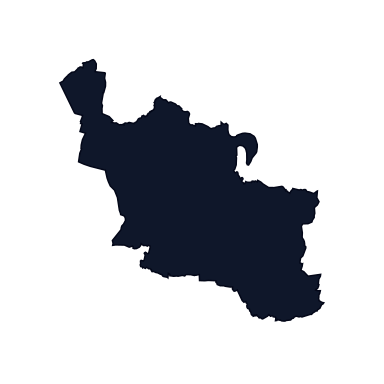 Mueang Nakhon Sawan, Nakhon Sawan, Thailand, rotated 191°
{"feature_id": "78962969B39799880183753", "entity_name": "Mueang Nakhon Sawan", "entity_type": "district", "adm_level": 2, "iso_a3": "THA", "parent_name": "Thailand", "parent_adm1": "Nakhon Sawan", "projection": "robinson", "projection_center": [100.093, 15.705], "detail": "fine", "context": "isolated", "style": "filled", "palette": "ink", "viewbox_px": 384, "rotation_deg": 191, "n_neighbors": 0, "source": "geoboundaries", "source_scale": "gbopen_adm2", "svg_char_len": 5993}
<svg xmlns="http://www.w3.org/2000/svg" viewBox="0 0 384 384"><g transform="rotate(191 192 192)"><path d="M67.6,89.0L65.9,90.0L63.1,89.8L61.7,90.5L60.2,90.3L52.6,94.4L51.3,94.7L49.9,96.8L48.6,97.8L48.3,98.6L46.5,99.1L46.3,100.3L44.3,102.2L43.3,106.1L42.0,107.2L41.5,108.4L43.6,108.5L46.5,109.6L47.5,111.9L47.4,113.2L47.8,114.1L47.6,116.1L47.3,116.6L47.2,119.6L49.6,119.1L52.0,119.2L51.9,119.9L50.3,121.4L49.8,123.7L49.8,125.4L50.5,125.5L50.9,130.6L49.9,133.7L50.0,135.7L61.5,131.7L62.4,131.8L67.0,135.1L70.2,136.0L69.7,140.1L69.8,142.7L70.6,142.2L71.2,142.8L72.3,142.8L72.7,144.1L72.8,147.9L71.0,150.4L69.6,158.8L70.0,160.2L71.5,160.9L71.4,162.2L72.3,164.8L73.6,166.7L74.6,167.5L75.3,168.8L75.9,173.0L78.1,179.2L77.5,181.2L76.8,182.0L72.1,183.0L68.6,185.4L68.4,187.3L67.2,190.3L67.6,192.2L67.4,194.5L68.8,199.6L68.6,200.5L66.5,203.2L65.5,206.7L68.4,210.2L69.1,216.9L69.7,216.5L71.8,214.0L73.0,213.8L76.6,214.4L79.3,214.4L80.9,216.0L82.5,215.8L84.0,214.9L85.6,215.2L87.2,214.4L93.7,214.7L93.8,213.8L94.9,212.1L95.8,209.4L97.0,210.1L98.0,210.1L98.4,210.9L99.4,211.1L99.9,210.9L100.2,212.2L101.0,212.0L103.5,214.3L104.8,214.7L112.2,212.0L117.6,211.0L123.8,213.4L126.3,214.9L129.8,216.0L129.9,214.4L132.1,214.9L132.7,213.9L134.2,214.4L135.2,214.0L135.2,213.2L135.6,212.6L136.2,212.9L137.7,212.4L140.3,212.1L141.2,212.5L141.8,210.3L142.8,210.0L142.9,210.5L145.4,211.9L145.6,212.5L144.9,213.2L144.4,214.6L144.9,215.4L145.4,215.7L146.1,215.5L146.5,214.5L147.1,214.1L147.9,215.4L150.2,217.9L150.4,219.1L151.1,220.2L151.9,220.3L153.0,219.2L154.0,219.4L155.3,221.3L154.4,222.5L153.8,227.0L154.9,234.2L155.5,235.0L155.5,236.3L155.0,236.7L156.7,244.0L156.5,244.8L155.6,245.8L154.8,246.6L153.5,247.0L151.0,247.0L148.5,245.6L147.2,244.0L145.7,240.7L144.3,234.1L144.0,230.9L142.9,229.3L141.6,229.3L140.1,233.2L139.5,236.9L136.6,242.4L136.2,243.8L136.5,248.6L137.0,251.1L140.1,256.9L141.7,258.5L146.1,260.2L151.2,259.9L153.6,259.2L157.8,256.8L158.9,255.9L158.8,255.2L159.1,254.9L161.1,254.0L163.9,253.8L166.6,255.3L167.7,257.2L168.7,259.9L169.5,264.6L171.5,265.9L172.9,264.8L173.8,264.7L174.7,264.9L176.7,266.1L176.1,262.7L178.3,262.2L179.0,261.6L179.9,261.5L181.8,259.2L183.3,258.9L184.9,257.9L186.5,258.0L188.8,259.2L195.0,260.8L198.8,260.5L199.3,260.0L201.6,259.7L201.6,259.1L201.2,258.9L201.2,257.5L203.2,257.5L204.2,258.0L206.5,257.6L208.4,259.1L209.7,263.6L209.3,267.8L209.5,268.5L210.5,269.7L211.8,270.2L214.1,269.4L216.1,269.5L217.9,270.6L217.9,271.7L221.3,274.0L222.9,273.7L225.0,275.2L229.8,276.3L230.8,276.1L232.1,275.1L235.3,277.5L237.8,277.0L241.5,278.9L241.5,279.6L243.1,278.1L243.2,277.3L244.1,277.6L244.5,276.4L244.8,276.7L245.5,275.9L245.8,274.4L245.6,274.1L246.2,272.6L245.6,272.4L245.5,270.4L245.7,269.9L245.3,269.8L245.3,268.9L244.9,268.4L245.1,266.5L244.8,266.3L245.3,265.4L245.6,265.4L245.9,264.8L247.4,263.8L247.2,263.4L248.3,263.0L248.4,262.4L248.7,262.5L248.8,261.6L249.4,260.9L249.8,261.0L250.6,259.6L250.2,258.8L250.9,257.9L251.4,258.0L252.2,257.1L252.3,257.5L253.1,257.3L254.1,258.0L255.0,257.3L255.5,257.2L255.9,255.0L257.4,254.5L257.6,253.8L258.3,253.9L258.6,253.5L259.8,250.3L261.1,249.4L261.5,248.7L262.1,248.5L262.1,248.1L266.9,248.3L267.1,248.2L266.9,248.0L267.1,247.6L267.9,247.7L268.2,247.1L270.8,247.0L271.9,245.9L271.7,244.9L272.8,245.2L274.4,244.4L275.0,244.5L276.1,244.0L279.5,245.4L281.2,244.9L284.4,244.9L284.2,245.8L283.2,247.0L287.7,250.2L294.8,251.7L295.3,252.2L296.3,256.8L296.4,259.7L297.4,261.2L297.8,262.3L298.0,271.5L298.3,272.6L297.6,272.7L297.1,279.3L297.8,283.2L299.5,287.0L299.8,292.1L300.5,292.4L310.0,291.6L310.1,292.7L309.6,294.8L310.4,299.5L312.7,302.3L314.1,303.1L315.2,302.7L318.7,299.8L320.0,299.7L321.1,298.7L323.7,297.9L323.9,297.4L323.4,297.2L322.8,296.1L322.9,293.0L324.8,293.6L326.1,293.1L326.4,292.4L327.3,292.1L327.7,291.1L330.1,287.5L332.9,286.6L335.9,283.2L336.4,281.6L336.8,281.7L338.8,278.7L339.6,276.3L342.5,273.9L322.5,247.3L321.6,246.8L314.1,246.3L314.1,244.3L314.9,239.8L314.2,239.6L314.4,238.0L313.0,238.0L312.9,237.5L313.5,230.0L307.7,229.4L309.5,222.5L309.7,217.0L309.2,213.5L308.6,213.3L309.5,208.7L309.1,200.0L303.3,198.7L296.7,197.8L281.2,196.9L278.0,189.5L276.0,186.1L273.4,182.4L268.4,179.0L264.1,172.3L259.8,160.2L258.0,157.2L257.7,156.2L254.4,155.7L253.3,154.9L252.3,153.2L251.9,151.2L253.1,147.3L254.4,145.3L254.6,143.7L254.5,141.4L260.9,129.2L259.7,126.6L259.7,124.5L256.9,125.5L248.2,127.0L243.1,125.9L240.2,127.5L239.4,127.2L239.2,125.6L237.8,125.3L235.7,125.9L233.2,127.8L232.2,129.7L232.0,131.6L229.5,130.2L226.7,130.8L225.6,130.3L224.8,131.3L223.0,131.0L222.5,130.0L222.9,123.5L223.7,122.9L226.1,124.0L227.0,123.3L227.1,122.5L226.2,121.7L225.9,120.8L226.0,116.1L226.6,115.0L228.9,115.2L229.4,114.4L228.7,111.8L228.9,110.6L228.1,109.0L226.1,108.9L225.9,108.2L225.3,108.7L223.2,108.1L222.1,109.5L219.9,108.4L218.6,108.8L218.3,108.4L217.1,108.1L217.1,107.3L216.0,106.2L214.4,106.7L212.3,106.1L210.2,106.1L207.5,105.3L206.0,105.2L204.5,103.8L203.7,103.6L199.9,103.6L199.3,103.2L199.7,107.6L199.0,107.4L199.0,107.0L197.9,106.9L197.8,105.6L193.9,105.8L191.2,106.6L189.5,106.7L185.6,108.3L183.1,108.2L182.4,109.6L181.2,110.0L177.5,110.6L173.7,110.5L173.4,111.0L172.6,110.9L169.1,112.4L167.7,106.5L162.6,107.3L159.2,108.3L152.0,109.4L151.3,109.2L151.5,108.8L151.2,107.9L149.8,106.9L149.6,106.0L146.4,105.4L142.4,106.1L141.7,105.8L136.4,106.0L134.1,106.6L133.8,104.5L132.1,102.8L131.1,102.8L128.8,104.4L122.0,95.0L120.0,93.7L118.9,94.6L118.2,94.7L117.8,93.6L117.1,93.4L116.1,91.8L116.5,90.8L116.0,89.3L115.2,88.4L113.2,87.9L112.7,86.3L111.6,85.7L110.3,83.0L109.0,82.2L108.1,82.4L108.0,81.8L107.1,82.3L107.2,83.1L106.0,82.7L105.6,83.7L105.1,83.9L104.4,82.7L103.4,82.6L102.2,81.3L101.8,81.3L101.6,82.0L101.3,82.0L99.6,81.0L98.4,80.9L94.2,84.5L93.3,86.2L92.7,85.7L92.4,86.0L91.2,85.0L89.6,85.9L88.6,85.4L88.5,85.0L86.2,85.1L85.6,84.2L85.5,81.6L84.1,82.1L83.7,83.2L81.9,82.8L81.3,83.2L79.4,82.6L77.5,82.8L76.0,83.1L74.9,83.9L70.7,85.2L70.0,86.6L68.4,87.5L67.6,89.0Z" fill="#0f172a" stroke="#020617" stroke-width="1.5"/></g></svg>